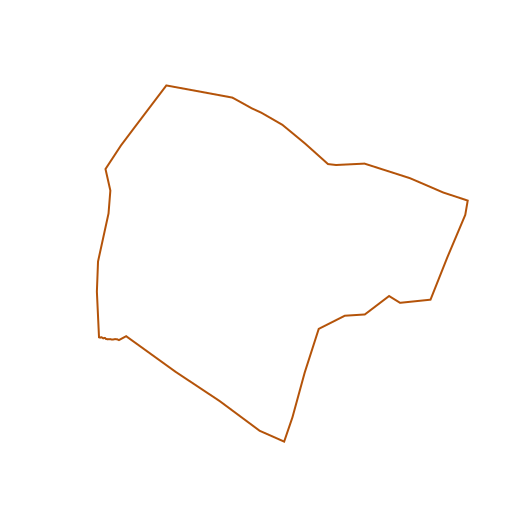 the district of Asgat, Sühbaatar, Mongolia, rotated 119°
{"feature_id": "93677404B69678463866737", "entity_name": "Asgat", "entity_type": "district", "adm_level": 2, "iso_a3": "MNG", "parent_name": "Mongolia", "parent_adm1": "Sühbaatar", "projection": "orthographic", "projection_center": [114.184, 46.119], "detail": "fine", "context": "isolated", "style": "outline", "palette": "amber", "viewbox_px": 512, "rotation_deg": 119, "n_neighbors": 0, "source": "geoboundaries", "source_scale": "gbopen_adm2", "svg_char_len": 1146}
<svg xmlns="http://www.w3.org/2000/svg" viewBox="0 0 512 512"><g transform="rotate(119 256 256)"><path d="M404.7,141.4L379.5,145.9L334.3,156.9L289.3,165.8L265.2,149.4L254.4,132.5L226.5,120.2L227.1,107.3L209.6,82.2L164.5,88.0L118.6,92.9L104.9,97.7L109.7,123.0L113.3,159.0L122.6,205.9L137.6,230.1L140.7,237.6L133.9,267.4L128.5,296.4L128.1,320.9L128.9,331.3L128.9,352.5L129.0,352.8L129.0,353.0L128.9,353.4L150.3,417.1L202.6,424.6L224.7,427.7L252.9,429.8L269.4,415.1L290.3,405.6L337.4,391.5L364.3,377.9L403.2,353.9L403.0,352.9L402.9,352.7L402.7,352.4L402.4,352.3L402.1,352.1L402.0,351.6L402.0,350.9L402.0,350.2L402.1,349.9L402.1,349.7L401.4,349.1L401.0,348.6L400.9,348.3L401.0,348.0L401.1,347.7L401.3,347.1L401.3,346.8L401.2,346.6L401.1,346.4L400.9,346.1L400.8,345.8L400.8,345.4L400.7,345.2L400.4,344.9L400.2,344.6L400.0,344.1L399.6,343.4L399.2,342.8L399.2,342.4L399.1,342.0L399.0,341.7L398.8,341.3L398.1,340.2L397.5,339.6L397.0,338.9L396.7,338.3L396.6,337.9L396.5,337.7L396.2,337.2L396.1,336.8L396.1,336.4L396.1,335.9L396.0,335.1L389.1,330.7L396.3,270.2L400.5,217.5L407.1,168.0L404.7,141.4Z" fill="none" stroke="#b45309" stroke-width="2"/></g></svg>